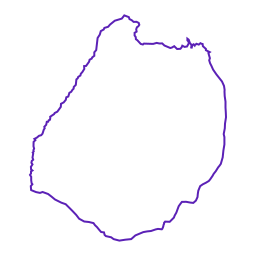 outline of Malabo, Bioko Norte, Equatorial Guinea
{"feature_id": "11065452B197102371645", "entity_name": "Malabo", "entity_type": "district", "adm_level": 2, "iso_a3": "GNQ", "parent_name": "Equatorial Guinea", "parent_adm1": "Bioko Norte", "projection": "robinson", "projection_center": [8.719, 3.675], "detail": "fine", "context": "isolated", "style": "outline", "palette": "violet", "viewbox_px": 256, "rotation_deg": 0, "n_neighbors": 0, "source": "geoboundaries", "source_scale": "gbopen_adm2", "svg_char_len": 2772}
<svg xmlns="http://www.w3.org/2000/svg" viewBox="0 0 256 256"><path d="M209.7,52.1L205.9,50.2L205.9,48.9L202.9,46.2L202.6,44.0L201.6,43.8L200.4,43.2L198.8,44.6L196.4,43.8L195.8,44.5L195.2,44.6L194.7,45.6L193.5,44.3L192.5,44.9L191.7,47.6L191.2,47.5L191.5,45.4L190.8,44.0L189.9,43.1L188.7,39.7L187.4,38.7L187.4,40.4L188.5,41.6L188.8,43.3L187.0,46.5L184.6,46.9L182.3,45.7L181.7,47.2L180.4,48.8L177.1,49.0L174.2,46.2L171.8,47.6L170.3,48.0L164.4,45.5L162.2,43.4L159.4,43.5L156.7,42.9L153.1,43.9L143.9,43.6L142.9,44.5L140.7,43.9L137.3,40.2L135.9,39.2L135.7,37.0L134.6,35.5L134.6,32.8L136.6,31.6L136.2,29.3L136.9,27.3L138.3,26.3L139.3,24.8L138.7,22.9L136.5,21.8L133.6,21.9L131.7,20.2L129.5,19.1L128.8,17.1L124.3,15.4L121.8,18.6L114.8,20.7L110.1,24.5L108.1,26.8L104.4,27.9L103.7,29.5L100.8,31.1L99.8,34.6L97.6,38.0L96.2,50.1L94.3,52.3L94.3,55.8L92.2,57.4L91.7,58.6L89.6,59.7L89.1,61.7L86.1,65.9L84.1,66.1L84.3,68.9L82.4,72.0L80.8,73.8L80.4,75.5L78.2,76.9L77.7,78.3L76.4,79.4L75.8,84.9L73.8,86.9L73.6,88.7L72.4,89.9L71.2,91.8L69.4,92.8L68.3,96.5L66.3,97.3L65.8,99.8L63.7,102.4L61.0,103.8L60.8,106.9L57.3,111.7L54.7,113.0L54.1,114.1L50.2,116.7L50.3,117.7L50.0,119.7L48.7,120.3L48.2,121.7L46.8,121.8L46.2,124.8L44.3,126.8L44.7,128.3L43.8,129.6L42.5,133.7L41.2,135.2L39.0,135.8L36.9,137.6L34.4,138.9L35.4,140.1L33.6,141.9L33.5,146.3L34.1,148.6L33.4,150.2L33.7,151.5L32.7,152.5L33.2,153.5L32.5,157.6L33.2,159.7L31.8,160.9L31.4,162.8L32.5,164.4L30.9,166.8L31.1,169.5L32.4,170.5L31.0,171.4L31.0,173.5L30.0,174.9L31.2,176.8L31.2,180.3L31.6,183.1L32.4,184.2L30.8,186.1L31.1,190.0L31.9,190.4L36.1,192.1L40.0,192.9L42.6,192.0L48.1,194.0L51.5,196.6L55.0,199.5L61.4,202.7L65.7,204.2L68.5,207.0L72.4,210.9L76.2,214.9L79.1,218.7L84.2,221.5L88.9,222.0L93.5,223.1L95.0,225.2L97.0,227.1L99.1,229.7L101.1,232.0L104.0,232.4L104.6,234.9L105.9,236.1L111.2,237.3L113.6,239.1L119.4,240.6L125.3,239.7L131.2,239.1L135.4,235.4L143.3,232.1L147.2,231.4L151.0,231.0L155.7,229.4L158.0,228.9L161.8,229.3L162.3,228.8L162.5,228.3L162.9,227.5L163.1,226.8L163.4,225.9L163.5,225.0L163.9,224.3L164.1,223.1L164.1,222.8L164.6,222.4L164.6,222.2L165.1,221.6L169.7,221.8L172.3,219.2L173.9,217.6L174.7,215.5L176.3,212.7L178.7,206.2L180.5,203.7L181.9,201.9L186.1,201.8L190.5,202.6L193.3,202.9L195.9,200.6L197.5,197.1L197.8,194.0L198.3,190.7L200.2,186.1L202.8,184.3L205.8,182.8L208.8,181.0L210.2,179.3L212.6,175.8L213.7,173.8L215.7,171.3L218.2,167.3L219.3,166.0L220.8,163.9L222.7,157.3L223.4,150.5L224.4,144.5L224.4,137.1L223.7,134.1L224.8,128.3L225.0,123.7L226.0,117.2L225.8,112.3L225.5,107.6L225.5,101.6L224.7,96.1L224.5,91.6L224.6,89.8L224.0,85.9L222.0,81.5L218.7,77.3L216.4,74.4L213.1,69.6L211.3,65.6L210.1,63.3L209.2,60.3L209.9,58.2L209.3,56.2L208.4,53.0L209.7,52.1Z" fill="none" stroke="#5b21b6" stroke-width="2"/></svg>